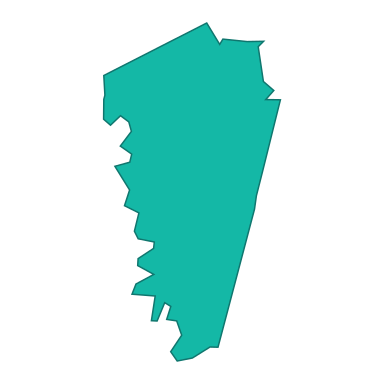 Woodford, Kentucky, United States of America
{"feature_id": "52423323B53246726964518", "entity_name": "Woodford", "entity_type": "district", "adm_level": 2, "iso_a3": "USA", "parent_name": "United States of America", "parent_adm1": "Kentucky", "projection": "equal_earth", "projection_center": [-84.767, 38.022], "detail": "fine", "context": "isolated", "style": "filled", "palette": "teal", "viewbox_px": 384, "rotation_deg": 0, "n_neighbors": 0, "source": "geoboundaries", "source_scale": "gbopen_adm2", "svg_char_len": 742}
<svg xmlns="http://www.w3.org/2000/svg" viewBox="0 0 384 384"><path d="M206.7,23.0L103.8,75.5L104.9,95.2L103.8,99.3L103.6,119.2L110.5,125.2L120.5,115.7L128.8,121.9L131.4,131.4L120.3,146.1L131.7,154.1L129.8,162.2L114.9,166.3L129.6,190.0L124.5,205.7L138.9,212.9L134.4,231.2L138.2,238.8L154.3,242.0L153.6,248.4L138.1,258.6L137.7,265.6L153.8,274.4L136.0,284.0L132.0,294.2L155.2,296.0L151.4,320.7L157.1,321.0L164.7,302.7L170.8,306.4L166.7,319.4L176.7,320.9L181.7,335.2L170.7,351.7L177.2,361.0L192.4,358.0L210.0,347.0L218.0,347.2L254.5,209.2L256.4,195.7L262.7,170.9L277.5,111.4L280.4,99.8L265.7,99.6L273.8,90.5L263.4,81.5L258.2,46.7L263.6,41.3L247.2,41.6L222.9,39.1L219.7,44.4L206.7,23.0Z" fill="#14b8a6" stroke="#0f766e" stroke-width="1.5"/></svg>